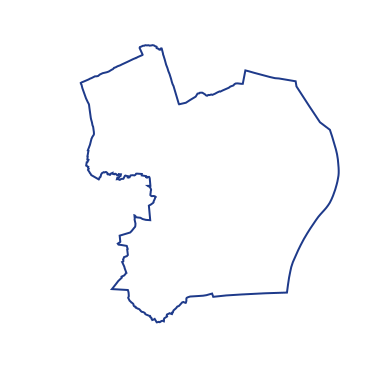 outline of Olanu, Vâlcea, Romania, rotated 196°
{"feature_id": "2599482B48279356491922", "entity_name": "Olanu", "entity_type": "district", "adm_level": 2, "iso_a3": "ROU", "parent_name": "Romania", "parent_adm1": "Vâlcea", "projection": "orthographic", "projection_center": [24.283, 44.872], "detail": "fine", "context": "isolated", "style": "outline", "palette": "blue", "viewbox_px": 384, "rotation_deg": 196, "n_neighbors": 0, "source": "geoboundaries", "source_scale": "gbopen_adm2", "svg_char_len": 5937}
<svg xmlns="http://www.w3.org/2000/svg" viewBox="0 0 384 384"><g transform="rotate(196 192 192)"><path d="M264.4,320.4L265.7,320.6L265.8,320.8L265.9,321.7L266.1,321.9L267.6,322.0L268.9,322.4L270.3,322.3L270.6,322.2L271.4,321.7L273.1,321.0L274.1,321.1L275.8,320.5L277.4,320.2L278.3,319.4L279.4,319.1L281.1,317.6L282.0,317.0L282.1,316.5L282.0,315.9L277.4,310.5L277.3,310.3L277.4,310.0L281.3,306.8L282.2,305.9L282.6,305.6L282.9,305.2L283.2,305.2L283.7,304.7L285.0,303.7L289.6,299.6L294.8,295.1L295.4,294.5L296.2,293.8L298.3,292.3L299.5,291.0L300.1,290.7L300.6,290.1L301.2,289.8L301.6,288.8L302.0,288.2L303.0,287.3L303.8,286.4L305.3,284.8L307.0,283.6L310.6,281.6L313.0,279.5L314.2,277.7L315.4,277.0L317.2,276.4L320.0,273.8L321.2,272.9L322.4,271.7L326.3,268.5L328.0,267.2L329.0,266.2L328.6,265.4L328.4,265.3L327.8,264.7L326.0,261.6L319.7,252.8L316.9,249.6L315.6,248.3L315.0,247.4L313.9,244.8L309.7,235.3L309.0,234.0L307.4,231.4L306.1,228.8L305.0,227.4L302.9,222.7L302.3,221.0L302.2,220.2L302.3,219.6L302.8,218.1L303.1,216.9L303.1,216.4L303.3,215.6L303.1,209.3L303.6,203.2L302.9,203.1L302.7,200.8L302.5,199.2L302.4,197.4L302.3,197.2L302.0,197.2L301.6,194.6L300.4,194.5L300.4,193.4L300.9,193.0L300.8,192.0L300.8,191.8L301.4,191.5L301.0,188.2L300.6,188.1L300.2,188.1L299.6,187.8L298.6,187.6L298.6,187.4L298.8,186.9L298.7,186.7L297.7,185.9L297.9,185.6L298.1,184.6L295.9,182.7L295.4,182.1L294.8,181.8L293.5,180.5L285.1,178.4L284.8,179.3L284.9,179.6L284.8,180.7L284.2,181.1L284.1,182.0L284.2,183.6L283.9,184.9L283.6,185.5L282.3,186.7L282.0,186.6L281.7,186.6L280.5,187.4L279.9,187.5L278.7,187.0L278.5,186.8L278.2,185.9L277.6,185.5L277.4,185.0L277.5,185.8L277.4,186.2L276.0,185.8L275.5,185.9L275.4,186.0L275.4,187.0L273.6,188.5L273.5,188.1L273.5,187.6L272.2,187.6L271.5,187.7L271.4,188.1L270.7,188.4L270.2,188.4L269.1,187.7L268.4,187.6L268.0,187.8L267.7,187.8L267.4,189.0L267.2,189.0L265.2,189.4L265.1,187.7L265.8,187.1L265.9,186.9L266.1,185.9L266.4,185.7L267.7,185.3L267.7,183.6L266.5,184.1L265.1,183.7L264.8,183.8L264.4,184.1L263.8,184.9L263.3,185.2L261.6,185.8L261.0,188.9L260.6,189.4L257.8,189.5L257.8,188.3L257.3,188.3L257.1,189.1L256.7,188.8L256.4,188.8L256.1,188.9L255.6,191.0L253.7,191.8L251.9,192.1L251.3,192.7L251.0,193.2L250.8,194.0L250.7,194.2L249.9,194.5L245.2,195.5L244.9,194.1L240.5,194.6L240.3,193.6L239.2,193.4L238.8,193.7L238.8,194.2L237.4,194.7L237.0,194.4L236.4,193.5L233.7,186.5L236.2,185.7L235.7,185.5L234.8,185.5L234.2,185.2L233.5,184.8L232.7,184.0L231.9,182.8L231.8,181.0L231.6,180.2L231.5,179.2L231.2,177.6L230.5,177.2L229.9,176.9L229.6,176.9L229.2,177.0L228.4,177.4L227.5,177.6L226.7,177.6L226.1,177.5L225.5,177.2L225.9,176.2L225.8,175.4L226.0,174.4L226.1,173.5L226.3,172.4L226.3,172.0L226.1,171.6L226.3,170.9L228.0,168.7L229.7,167.0L224.4,153.4L228.7,152.5L232.1,152.4L233.2,152.7L234.5,153.0L237.5,152.5L238.5,152.4L239.0,152.5L239.7,153.2L240.7,153.7L240.9,153.7L239.7,150.7L239.6,149.7L237.6,146.0L237.1,143.6L237.2,142.6L237.7,141.6L239.2,138.0L239.9,136.7L240.3,136.0L249.5,130.1L247.2,124.4L247.4,123.9L249.1,121.9L248.2,121.2L247.6,121.2L246.1,121.5L239.9,122.2L238.1,119.5L238.5,119.0L236.3,113.8L236.8,112.7L237.1,112.2L237.9,111.8L238.7,111.1L239.4,110.6L239.4,108.7L239.5,108.4L239.7,108.2L238.9,106.7L239.1,106.1L239.3,105.7L239.8,105.4L236.8,101.9L236.2,101.1L235.8,100.3L232.8,96.2L233.1,96.0L233.3,95.7L233.2,95.3L233.4,94.8L234.2,93.1L236.4,91.2L235.9,90.3L238.3,86.2L240.0,81.9L242.2,76.6L226.7,80.1L226.5,79.7L226.0,79.2L225.2,77.7L224.6,76.1L224.1,74.6L224.0,74.0L224.2,72.8L224.1,72.6L222.0,70.3L220.5,69.6L219.9,69.1L219.2,69.0L217.7,68.3L217.2,67.7L216.8,66.8L216.4,66.4L215.6,66.1L215.1,66.2L214.8,66.2L214.7,66.1L214.5,65.6L214.2,65.3L213.6,65.5L212.9,65.1L212.0,64.9L211.3,65.0L210.8,64.9L210.0,64.6L209.5,64.2L208.7,63.8L208.3,63.4L207.3,63.0L205.8,63.1L204.3,62.8L203.8,62.5L203.5,62.0L203.1,61.7L201.9,61.5L199.2,61.2L198.7,61.1L198.2,61.3L198.0,61.1L197.9,60.7L197.6,60.2L197.1,60.2L196.4,59.9L196.3,59.7L196.3,59.4L195.7,58.7L195.4,58.7L194.9,58.0L193.7,58.8L192.9,59.7L190.0,57.0L189.1,57.4L188.5,57.9L187.9,57.9L187.6,58.1L187.1,58.0L186.4,58.7L185.9,59.5L184.8,60.1L183.8,60.0L183.4,59.9L183.4,60.3L183.7,61.2L183.9,62.2L183.8,63.0L181.6,65.5L181.8,65.8L182.3,66.3L182.3,67.3L180.1,69.3L179.4,69.1L178.9,69.2L177.6,69.1L177.5,69.5L177.6,69.8L178.1,70.3L177.9,70.7L177.4,70.8L177.2,71.0L177.2,72.2L177.1,73.1L175.6,75.4L175.2,76.1L174.6,77.7L174.1,78.2L173.5,78.5L173.0,79.1L171.0,83.2L170.0,83.9L169.6,83.9L169.0,83.7L167.5,83.7L167.4,84.1L167.4,85.8L167.5,86.2L168.0,87.7L168.0,88.1L167.9,88.8L166.8,89.8L165.0,91.0L158.5,93.3L152.7,95.4L149.7,96.8L144.7,99.9L142.7,97.1L130.6,102.0L116.0,107.2L93.8,114.8L73.0,121.5L74.2,129.6L75.1,136.5L75.6,142.5L75.9,147.2L75.8,149.9L75.7,152.4L73.9,165.3L72.9,170.9L71.5,177.6L69.8,184.1L68.2,189.6L65.0,199.4L63.7,203.0L62.3,206.1L59.6,211.6L58.6,213.8L57.5,216.7L56.6,219.6L55.9,223.3L55.4,227.3L55.0,233.7L55.0,238.7L55.1,242.0L55.4,245.3L55.7,248.1L56.2,250.6L56.9,253.1L57.8,255.8L59.4,260.0L60.8,263.6L63.0,268.3L65.4,272.6L72.5,283.8L76.6,289.8L88.2,294.3L102.9,306.8L120.7,322.3L122.9,327.0L139.7,325.1L143.6,324.3L148.9,324.0L165.2,323.7L170.6,323.7L174.2,323.6L174.1,322.3L173.0,310.0L174.3,309.6L178.0,309.0L179.8,308.4L180.6,307.7L181.2,306.8L181.5,305.9L184.1,304.0L184.7,303.3L185.3,302.4L190.5,298.1L192.5,296.3L193.2,296.3L195.1,294.7L197.0,292.8L199.2,291.0L200.4,291.0L201.9,290.0L202.7,289.9L203.3,289.6L203.7,288.9L204.2,288.7L204.7,288.7L205.3,288.8L206.3,289.4L209.4,290.3L210.9,289.9L212.1,289.4L212.3,288.8L213.8,288.1L214.7,284.8L215.0,284.4L219.1,280.0L222.5,276.1L228.5,272.8L228.8,273.1L229.0,273.1L239.0,288.8L240.3,290.2L241.8,292.4L243.2,294.8L246.1,299.2L248.0,301.6L249.8,304.4L252.0,307.3L254.6,311.6L257.2,315.6L257.6,316.0L258.1,317.2L260.7,321.6L261.2,321.6L261.6,321.3L261.8,320.7L261.8,320.1L262.0,319.9L262.9,319.9L263.5,320.3L264.0,320.5L264.4,320.4Z" fill="none" stroke="#1e3a8a" stroke-width="2"/></g></svg>